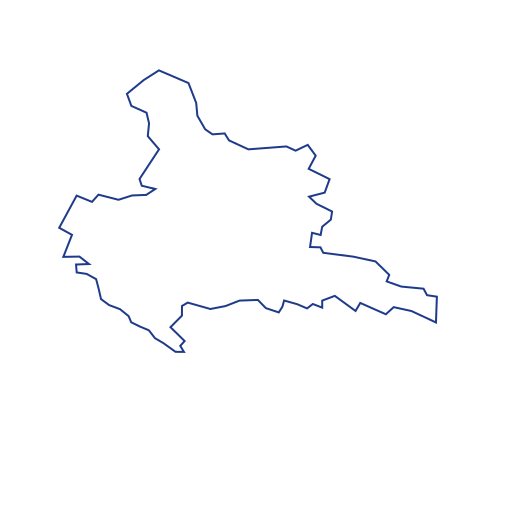 outline of Kiev City, rotated 298°
{"feature_id": "UKR-4826", "entity_name": "Kiev City", "entity_type": "Municipality", "adm_level": 1, "iso_a3": "UKR", "parent_name": "Ukraine", "parent_adm1": "", "projection": "mercator", "projection_center": [30.516, 50.341], "detail": "fine", "context": "isolated", "style": "outline", "palette": "blue", "viewbox_px": 512, "rotation_deg": 298, "n_neighbors": 0, "source": "natural_earth", "source_scale": "10m", "svg_char_len": 1329}
<svg xmlns="http://www.w3.org/2000/svg" viewBox="0 0 512 512"><g transform="rotate(298 256 256)"><path d="M338.6,65.9L358.7,74.3L374.3,83.1L377.0,115.2L363.1,131.3L352.3,138.4L344.0,151.7L343.0,160.5L349.5,170.8L345.4,177.9L346.6,199.2L367.0,231.4L367.6,241.5L378.4,249.5L372.6,261.6L357.7,261.6L358.4,284.9L344.2,286.9L333.3,275.0L330.5,284.9L331.0,302.3L323.3,305.0L312.9,300.7L304.9,303.2L302.8,294.6L289.3,299.5L293.9,308.8L290.4,313.9L301.1,342.2L307.3,364.1L301.9,382.5L294.9,383.3L297.2,398.6L305.8,419.3L301.7,425.4L305.0,434.8L281.8,446.1L280.4,419.1L275.5,401.6L265.5,398.0L263.5,370.1L254.2,369.7L257.8,344.3L247.7,335.4L241.5,338.7L240.3,328.7L233.7,325.7L232.8,315.1L229.9,301.7L223.7,303.1L216.9,302.6L214.6,289.2L218.1,278.3L208.9,262.4L197.5,252.6L187.8,240.6L182.8,217.6L177.1,214.1L168.6,218.6L153.0,213.9L147.4,232.9L141.1,231.3L137.5,237.4L133.6,229.9L135.6,215.1L136.0,205.4L140.1,196.3L139.2,186.6L138.9,176.9L143.1,171.8L145.2,160.9L143.7,149.3L145.2,139.4L153.7,132.0L160.5,125.7L160.7,114.9L157.3,105.4L164.0,101.1L170.5,112.3L172.6,100.4L164.8,86.3L188.3,83.6L188.5,69.0L225.1,69.3L226.8,85.8L236.2,88.1L241.1,108.2L251.3,118.2L258.4,130.4L267.9,135.6L264.4,122.2L269.3,117.0L304.7,120.3L311.0,104.2L322.9,99.3L331.1,92.1L330.0,75.5L338.6,65.9Z" fill="none" stroke="#1e3a8a" stroke-width="2"/></g></svg>